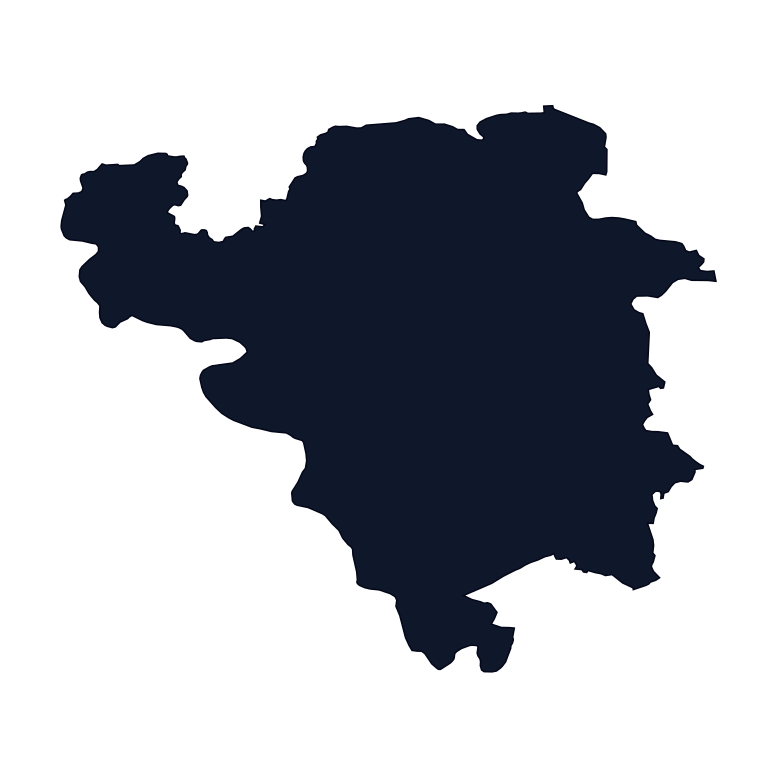 Zozocolco de Hidalgo, Veracruz, Mexico (Equal Earth projection), rotated 92°
{"feature_id": "50627088B61814303720147", "entity_name": "Zozocolco de Hidalgo", "entity_type": "district", "adm_level": 2, "iso_a3": "MEX", "parent_name": "Mexico", "parent_adm1": "Veracruz", "projection": "equal_earth", "projection_center": [-97.559, 20.128], "detail": "fine", "context": "isolated", "style": "filled", "palette": "ink", "viewbox_px": 768, "rotation_deg": 92, "n_neighbors": 0, "source": "geoboundaries", "source_scale": "gbopen_adm2", "svg_char_len": 6132}
<svg xmlns="http://www.w3.org/2000/svg" viewBox="0 0 768 768"><g transform="rotate(92 384 384)"><path d="M163.2,591.9L163.6,596.0L164.3,598.9L164.4,601.6L163.6,608.1L162.0,608.7L161.2,610.1L161.3,618.1L164.0,627.6L166.9,632.5L170.2,635.6L173.8,641.2L175.0,656.3L173.8,657.7L175.0,669.5L173.9,673.4L179.6,678.0L181.9,681.3L181.9,685.1L182.6,687.8L184.9,691.1L184.7,692.0L185.5,693.6L188.8,694.7L191.4,694.4L198.1,691.8L199.5,691.7L202.3,692.9L203.8,696.0L204.3,701.4L207.2,703.7L210.1,706.9L210.5,708.3L211.5,709.6L216.3,708.2L231.8,711.8L237.7,712.2L240.3,711.8L246.9,708.9L249.0,706.8L250.8,703.2L251.6,690.4L253.6,680.5L253.9,677.0L255.4,675.3L257.2,674.1L261.4,674.0L264.6,676.4L269.7,682.6L277.3,690.0L280.5,691.9L287.2,692.3L292.1,690.9L297.3,686.1L303.6,682.1L306.9,679.3L310.4,676.1L312.5,673.4L315.7,670.6L322.5,670.8L327.7,670.2L332.7,667.8L335.0,664.8L336.0,662.6L337.2,657.4L336.3,654.4L331.4,650.0L327.7,642.6L325.9,640.9L324.2,638.3L329.1,627.4L330.6,622.6L332.5,613.5L333.2,599.3L334.1,593.6L334.7,591.2L336.1,588.0L337.5,586.2L345.1,579.2L347.5,574.5L348.0,572.3L348.2,567.5L346.9,565.4L345.5,559.0L344.6,557.1L343.5,543.3L343.9,537.4L347.3,529.5L351.2,524.8L353.2,523.0L356.9,521.8L363.5,528.4L368.3,535.9L371.8,556.2L373.0,559.0L376.6,564.9L378.8,566.4L381.8,567.7L385.0,568.2L393.6,566.0L398.5,564.1L402.9,561.4L413.5,551.3L419.0,545.0L423.1,538.1L425.6,532.9L431.8,514.5L433.1,506.0L435.4,494.8L436.3,480.0L438.5,475.5L440.3,473.2L441.4,470.9L443.3,463.8L445.3,462.3L449.2,461.3L456.3,459.5L463.5,458.6L471.0,459.6L475.0,462.4L485.2,466.6L494.6,472.1L496.2,472.4L504.2,471.4L507.1,469.1L508.2,466.6L510.1,455.6L515.8,441.0L517.7,437.9L525.3,431.1L531.9,423.9L539.6,419.8L545.8,414.2L548.0,411.1L550.3,409.6L556.0,409.1L572.9,404.7L580.5,403.8L583.1,404.2L584.5,403.5L586.1,401.5L588.2,396.2L589.3,391.0L589.9,381.9L593.2,370.7L596.1,365.5L599.5,363.7L605.8,364.3L615.0,360.1L636.6,353.7L644.3,349.9L649.3,346.7L649.8,341.5L649.7,337.1L652.1,333.7L662.0,326.5L666.6,320.8L667.3,319.3L667.2,317.5L660.4,307.8L658.7,306.2L656.8,304.8L655.3,304.3L651.0,303.9L648.9,302.1L645.6,297.3L642.4,289.4L642.0,287.1L642.1,282.8L642.5,281.5L643.4,280.9L649.7,281.5L652.4,280.6L655.4,278.5L658.0,277.8L662.1,277.9L666.4,276.5L668.0,274.0L667.9,265.9L666.9,261.6L664.0,257.9L661.8,255.8L657.5,252.8L643.6,248.1L641.2,248.1L638.7,246.7L636.2,246.0L634.5,245.9L632.5,246.6L623.4,245.2L623.1,249.6L623.2,258.4L620.2,268.4L614.7,265.5L608.3,263.1L600.1,269.6L599.0,272.8L599.6,276.3L598.2,280.3L596.3,288.8L592.6,297.1L579.4,269.3L571.9,258.0L565.4,246.2L563.5,241.9L560.0,236.6L557.2,231.2L554.6,224.3L551.0,217.2L549.4,211.6L547.5,208.0L549.7,207.5L552.9,205.7L552.9,200.6L551.1,195.6L553.6,192.7L556.4,191.6L554.6,187.5L558.9,184.8L562.2,186.6L562.6,179.8L564.9,178.1L565.3,174.9L563.3,173.5L565.1,166.5L566.0,160.5L567.7,156.0L566.5,149.4L574.5,138.6L579.0,128.0L580.8,127.7L576.2,115.4L574.6,112.4L572.7,110.9L570.7,105.6L568.0,101.8L561.8,108.2L557.0,110.5L554.8,109.9L552.5,108.7L546.0,107.2L543.5,109.5L536.0,108.9L530.1,109.8L514.0,115.8L513.9,110.1L508.5,109.4L503.6,107.6L498.9,106.6L496.3,109.2L491.0,111.5L485.1,112.4L481.8,109.1L481.5,106.5L482.1,104.0L484.5,103.2L488.9,103.4L488.3,101.1L483.4,100.5L481.7,96.2L476.6,93.4L472.6,89.9L470.8,84.3L471.3,76.8L468.8,73.0L461.2,70.1L458.5,70.3L457.1,62.4L455.1,61.9L453.3,65.8L450.8,69.7L448.1,73.3L445.7,75.7L438.9,86.1L435.4,88.5L435.1,93.4L423.0,98.9L422.1,108.6L422.2,114.5L421.4,120.7L418.8,122.6L415.4,124.3L411.7,122.3L408.3,119.9L405.0,114.5L401.4,116.8L394.9,119.8L390.5,117.0L385.3,118.8L380.3,119.7L376.8,109.1L378.7,107.5L378.2,104.6L372.2,103.4L365.6,112.2L358.4,117.0L354.3,121.1L323.0,120.7L314.6,124.3L304.7,127.8L303.8,131.6L301.1,136.7L295.4,140.2L290.6,138.1L287.3,134.5L286.7,123.4L288.0,113.4L285.6,109.8L281.6,105.9L272.6,99.2L269.1,93.8L267.9,87.0L269.6,80.3L269.2,63.4L269.8,55.8L259.5,58.2L260.3,65.1L259.6,71.8L256.6,74.0L253.1,70.5L250.8,68.8L247.8,68.6L244.5,73.9L239.6,76.5L241.5,83.5L240.1,87.2L235.9,89.2L233.3,91.2L231.7,97.7L230.8,113.4L229.9,118.0L226.8,122.6L224.1,128.5L216.4,137.1L212.9,138.0L210.7,149.3L209.9,155.2L209.7,162.2L210.4,168.4L211.9,174.9L212.2,181.0L210.2,185.1L203.0,190.0L196.1,192.2L186.1,198.3L184.4,196.7L182.8,194.3L176.3,190.5L171.8,186.8L166.2,183.0L166.1,176.3L167.3,169.6L164.1,168.8L141.8,169.4L139.4,172.0L129.6,170.7L126.2,171.2L120.3,177.3L117.1,183.8L116.1,188.1L103.5,223.4L102.3,224.5L100.0,225.1L100.7,234.1L107.4,233.3L107.9,237.4L108.5,249.7L107.3,252.4L108.3,256.3L108.7,259.5L108.8,266.4L110.2,270.9L110.7,277.1L111.6,281.0L115.2,290.8L118.8,297.1L122.6,299.9L126.2,299.7L130.8,296.7L133.5,293.2L135.1,292.8L136.9,294.4L136.7,299.6L131.6,309.3L126.9,312.9L127.1,319.4L124.6,324.1L122.2,332.6L122.5,341.7L119.1,348.3L116.5,358.5L118.1,368.8L119.9,372.5L122.6,381.1L126.0,410.8L128.9,415.7L129.2,420.2L127.8,430.3L128.3,437.8L128.1,441.7L129.1,444.1L131.5,448.1L134.2,448.8L135.6,451.2L137.2,456.1L139.6,459.2L141.3,458.7L143.9,460.1L145.9,459.9L149.1,461.4L149.5,465.3L151.4,468.7L153.7,470.7L156.2,472.0L159.9,472.7L163.7,472.3L166.0,471.1L167.8,469.2L169.9,468.2L173.8,467.8L176.1,468.8L178.4,472.2L179.9,477.8L181.2,480.1L190.4,485.6L192.5,484.7L194.8,486.0L201.8,487.4L204.2,488.4L203.3,493.6L204.0,497.9L203.7,501.7L202.7,504.8L205.3,508.9L204.6,513.6L211.3,513.3L220.6,512.2L227.5,513.9L228.7,508.8L231.2,510.5L230.6,517.6L233.6,519.0L235.1,518.7L236.3,520.6L233.7,523.0L232.3,525.2L232.9,529.3L234.3,531.7L241.6,540.3L242.9,547.2L244.2,548.3L247.2,549.7L248.3,554.2L247.8,559.2L245.6,560.8L243.8,563.8L241.2,565.6L238.6,566.0L236.8,567.0L236.2,569.0L236.4,571.9L240.1,574.8L241.1,576.5L241.3,579.0L239.8,588.1L240.9,591.6L240.1,593.3L237.5,593.0L233.2,595.2L232.6,596.8L233.0,597.7L230.8,599.3L225.9,598.9L223.9,599.3L220.5,606.2L218.8,606.3L216.4,604.8L212.9,601.4L212.1,599.5L213.0,595.5L212.4,593.4L207.0,590.2L203.5,587.2L202.3,586.8L197.9,587.5L194.6,590.7L193.4,593.4L192.6,597.0L189.3,598.1L186.1,596.1L183.9,593.8L181.9,594.0L179.9,593.2L177.1,590.3L173.1,589.5L171.2,588.2L169.9,588.1L166.0,589.8L165.2,590.9L163.2,591.9Z" fill="#0f172a" stroke="#020617" stroke-width="1.5"/></g></svg>